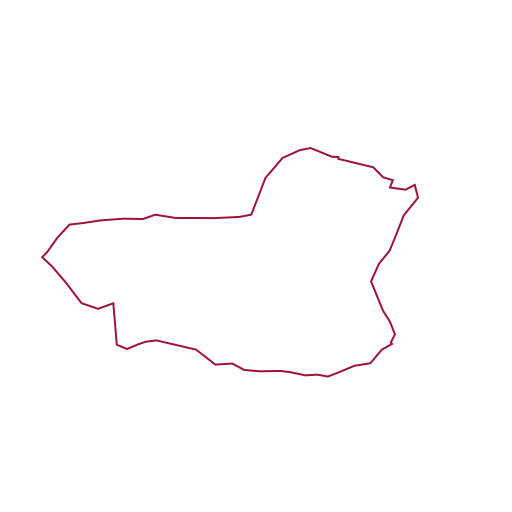 outline of Kato Mylos, Limassol, Cyprus, rotated 42°
{"feature_id": "46923920B26044622120903", "entity_name": "Kato Mylos", "entity_type": "district", "adm_level": 2, "iso_a3": "CYP", "parent_name": "Cyprus", "parent_adm1": "Limassol", "projection": "robinson", "projection_center": [33.002, 34.898], "detail": "fine", "context": "isolated", "style": "outline", "palette": "rose", "viewbox_px": 512, "rotation_deg": 42, "n_neighbors": 0, "source": "geoboundaries", "source_scale": "gbopen_adm2", "svg_char_len": 964}
<svg xmlns="http://www.w3.org/2000/svg" viewBox="0 0 512 512"><g transform="rotate(42 256 256)"><path d="M251.0,127.3L245.9,131.5L224.2,139.3L217.7,148.1L210.1,165.4L210.8,191.7L224.8,228.4L217.5,238.1L199.3,256.1L184.9,268.9L170.6,281.7L153.5,292.7L147.2,304.2L132.5,317.0L118.6,331.5L116.0,334.3L105.9,346.7L96.4,357.4L96.1,374.7L98.2,393.1L97.9,400.0L111.4,400.2L133.3,403.1L146.2,405.6L157.9,407.8L173.9,401.0L181.6,386.6L211.9,415.1L222.4,411.4L227.4,400.7L231.5,393.4L238.4,385.4L274.1,365.7L298.5,363.9L310.3,351.8L323.4,348.6L335.7,339.4L351.4,324.8L359.3,319.4L372.6,311.6L381.0,303.1L390.1,297.5L396.2,285.3L402.6,271.7L412.7,259.3L412.2,241.5L415.9,230.3L414.1,230.2L411.7,221.3L399.6,215.2L387.1,211.7L370.7,203.8L358.5,197.9L352.6,179.6L351.7,162.6L346.9,149.0L338.6,126.9L337.4,104.3L326.4,96.9L322.8,106.6L309.7,115.5L307.0,108.1L297.8,112.5L283.8,111.6L271.3,118.4L252.3,128.7L251.0,127.3Z" fill="none" stroke="#9f1239" stroke-width="2"/></g></svg>